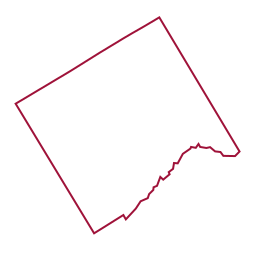 Cattaraugus, New York, United States of America, rotated 149°
{"feature_id": "52423323B48082592169210", "entity_name": "Cattaraugus", "entity_type": "district", "adm_level": 2, "iso_a3": "USA", "parent_name": "United States of America", "parent_adm1": "New York", "projection": "equal_earth", "projection_center": [-78.757, 42.27], "detail": "fine", "context": "isolated", "style": "outline", "palette": "rose", "viewbox_px": 256, "rotation_deg": 149, "n_neighbors": 0, "source": "geoboundaries", "source_scale": "gbopen_adm2", "svg_char_len": 574}
<svg xmlns="http://www.w3.org/2000/svg" viewBox="0 0 256 256"><g transform="rotate(149 128 128)"><path d="M211.3,55.2L176.8,55.8L176.9,50.8L162.8,54.9L154.9,58.7L147.2,57.7L143.9,60.5L138.2,61.9L136.6,64.0L132.9,63.5L125.5,69.4L124.4,65.6L116.2,66.9L115.8,69.2L110.4,69.8L106.6,74.3L103.6,72.1L94.3,77.6L85.1,78.2L83.7,79.3L80.1,76.1L75.8,78.0L75.9,74.6L71.1,70.5L67.5,69.3L65.4,63.1L61.1,59.8L60.6,55.0L50.7,48.8L44.5,50.4L44.2,206.7L61.6,206.8L75.9,207.1L85.7,207.2L113.5,207.1L147.6,206.5L211.8,206.7L211.3,55.2Z" fill="none" stroke="#9f1239" stroke-width="2"/></g></svg>